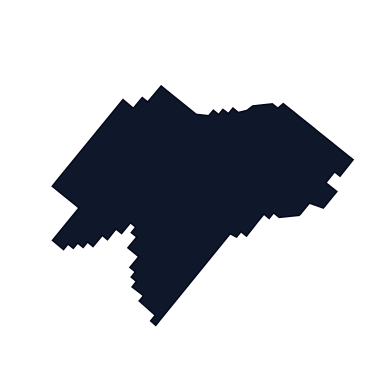 Washington, Oregon, United States of America, rotated 309°
{"feature_id": "52423323B3923941194406", "entity_name": "Washington", "entity_type": "district", "adm_level": 2, "iso_a3": "USA", "parent_name": "United States of America", "parent_adm1": "Oregon", "projection": "albers", "projection_center": [-123.085, 45.549], "detail": "fine", "context": "isolated", "style": "filled", "palette": "ink", "viewbox_px": 384, "rotation_deg": 309, "n_neighbors": 0, "source": "geoboundaries", "source_scale": "gbopen_adm2", "svg_char_len": 1155}
<svg xmlns="http://www.w3.org/2000/svg" viewBox="0 0 384 384"><g transform="rotate(309 192 192)"><path d="M276.2,304.2L283.5,304.3L283.4,290.2L297.4,290.1L297.4,297.1L318.5,296.9L318.4,289.0L318.3,263.6L318.3,262.6L318.2,251.3L318.3,247.8L318.3,245.3L318.2,231.2L318.2,220.7L318.2,219.9L318.1,212.9L318.1,211.7L318.1,207.3L311.1,206.0L311.1,199.0L304.1,192.0L297.0,185.0L290.0,183.4L282.9,177.9L283.0,171.0L275.9,171.0L275.6,164.0L269.0,164.0L269.0,157.1L261.8,157.0L255.0,146.4L254.9,108.1L255.0,101.3L234.1,100.9L234.1,93.9L220.1,93.7L220.4,80.2L115.6,79.7L108.5,79.8L108.5,114.2L66.6,114.0L66.4,128.4L73.5,128.4L73.5,135.2L80.4,135.3L80.4,142.3L87.4,142.3L87.3,149.4L101.9,149.6L101.7,156.3L115.4,156.2L115.4,163.4L129.3,163.5L129.3,170.4L122.2,170.4L122.3,177.4L108.3,177.3L108.2,191.3L94.3,191.2L94.3,198.2L87.6,198.3L87.5,205.0L80.5,205.2L80.9,219.6L74.1,219.5L73.1,241.0L65.8,241.0L65.5,247.8L72.7,247.7L183.3,247.9L183.6,248.0L185.0,255.0L192.0,255.0L192.0,262.1L209.6,261.8L220.1,261.8L220.0,268.6L227.2,268.5L227.1,275.7L241.2,289.9L243.0,290.2L257.2,290.2L262.2,304.2L276.2,304.2Z" fill="#0f172a" stroke="#020617" stroke-width="1.5"/></g></svg>